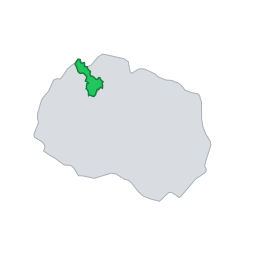 Gostivar highlighted on a map of North Macedonia, rotated 38°
{"feature_id": "MKD-2962", "entity_name": "Gostivar", "entity_type": "Statistical Region", "adm_level": 1, "iso_a3": "MKD", "parent_name": "North Macedonia", "parent_adm1": "", "projection": "albers", "projection_center": [20.862, 41.749], "detail": "fine", "context": "in_parent", "style": "filled", "palette": "green", "viewbox_px": 256, "rotation_deg": 38, "n_neighbors": 0, "source": "natural_earth", "source_scale": "10m", "svg_char_len": 2373}
<svg xmlns="http://www.w3.org/2000/svg" viewBox="0 0 256 256"><g transform="rotate(38 128 128)"><path d="M116.3,68.7L120.1,69.2L128.4,66.8L133.5,63.4L136.1,62.9L139.6,61.6L144.6,61.7L149.7,63.1L156.1,61.1L162.5,57.9L165.0,58.7L167.8,61.2L169.6,61.9L180.4,75.5L186.3,80.9L193.2,85.0L201.1,87.9L204.0,90.8L209.3,105.3L211.8,110.8L215.2,112.4L216.0,114.0L216.2,116.1L212.7,126.5L211.8,149.6L210.9,151.4L206.9,151.4L201.7,152.0L199.8,153.8L197.9,166.3L189.6,170.0L182.0,172.2L175.5,171.8L164.1,169.1L160.4,168.8L157.2,170.5L147.1,171.6L142.7,173.8L132.4,188.4L121.9,193.5L118.3,196.1L110.1,192.9L106.2,192.6L100.6,196.4L88.3,196.8L85.0,197.5L75.5,198.1L75.1,196.1L73.4,193.1L69.0,191.8L59.9,192.9L57.7,190.8L54.0,178.5L51.1,176.5L47.9,172.3L42.5,158.9L42.4,153.1L42.8,148.0L39.8,136.0L41.7,132.9L44.5,131.0L44.5,126.2L43.8,118.9L47.1,104.5L48.0,103.4L48.9,104.1L56.9,105.3L59.0,103.5L60.3,100.6L60.7,90.1L62.6,85.2L81.9,76.0L87.6,75.6L92.0,79.8L95.4,82.5L97.5,82.4L98.2,79.7L100.5,74.4L104.5,71.4L116.2,68.7L116.3,68.7Z" fill="#d9dde1" stroke="#a8b0b8" stroke-width="1"/><path d="M46.9,110.2L46.8,108.9L46.3,106.6L46.3,106.1L46.3,104.5L48.1,103.5L49.7,105.2L50.5,105.6L51.6,105.6L52.2,105.2L52.9,103.8L53.3,103.4L54.0,103.9L55.3,105.7L56.0,106.2L57.4,105.7L58.2,104.8L59.1,105.7L60.5,106.3L60.8,106.5L61.7,106.5L62.7,106.5L63.6,106.6L64.0,107.2L64.5,108.4L64.9,109.0L66.1,109.7L67.3,109.9L68.1,109.1L69.9,108.9L72.1,109.4L73.4,109.0L74.1,108.2L73.9,107.6L73.8,106.7L74.1,106.2L74.4,105.9L74.8,105.7L75.4,105.9L76.8,106.8L78.3,107.0L79.4,106.9L79.8,106.9L80.0,107.6L79.9,108.3L80.4,109.0L81.7,110.0L82.4,111.0L83.0,111.8L83.3,112.4L83.0,112.4L81.5,112.6L81.2,113.4L81.2,114.8L81.2,115.7L81.0,116.1L80.4,116.1L80.1,116.4L80.0,116.9L80.3,117.8L80.9,118.3L81.0,119.1L81.0,119.9L81.2,120.3L81.5,120.8L81.8,121.4L81.9,123.0L81.6,124.3L81.1,124.3L80.5,124.8L79.8,124.9L78.9,125.2L78.0,125.4L77.3,125.9L76.9,126.1L76.9,126.5L76.2,125.9L75.7,125.3L75.1,124.4L74.1,123.7L73.0,123.1L71.6,122.7L70.8,122.8L70.7,122.0L69.7,120.8L68.8,119.4L68.3,118.4L68.6,118.0L69.2,117.4L69.2,116.9L68.6,116.8L67.5,116.8L66.6,116.8L65.8,117.3L65.1,116.6L65.0,114.8L64.1,113.3L63.7,112.8L62.7,112.7L61.3,112.5L60.0,112.3L58.6,112.3L58.0,113.1L57.3,113.9L56.5,114.5L55.1,114.4L53.7,114.2L52.6,113.2L51.1,112.5L50.3,111.7L48.9,111.1L46.9,110.2Z" fill="#22c55e" stroke="#15803d" stroke-width="1.5"/></g></svg>